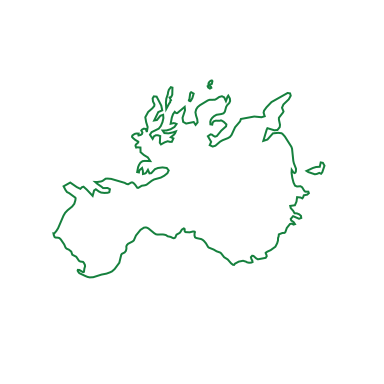 map outline of Hwanghae-namdo (Robinson projection), rotated 140°
{"feature_id": "PRK-3304", "entity_name": "Hwanghae-namdo", "entity_type": "Province", "adm_level": 1, "iso_a3": "PRK", "parent_name": "North Korea", "parent_adm1": "", "projection": "robinson", "projection_center": [125.529, 38.191], "detail": "fine", "context": "isolated", "style": "outline", "palette": "green", "viewbox_px": 384, "rotation_deg": 140, "n_neighbors": 0, "source": "natural_earth", "source_scale": "10m", "svg_char_len": 6097}
<svg xmlns="http://www.w3.org/2000/svg" viewBox="0 0 384 384"><g transform="rotate(140 192 192)"><path d="M324.7,249.4L324.1,248.8L321.1,249.3L317.9,250.3L305.6,256.5L302.5,257.6L299.0,258.0L293.2,257.9L289.8,258.6L286.7,260.6L285.2,262.0L285.0,262.6L286.9,270.3L287.8,272.3L287.6,274.9L286.7,278.9L279.2,277.5L277.1,269.8L275.5,266.2L273.2,266.4L271.7,265.8L271.1,261.6L270.6,252.9L266.0,256.1L263.9,255.9L263.0,252.2L262.0,250.0L259.7,247.6L257.1,245.6L255.5,245.0L253.1,246.9L254.1,249.3L257.6,252.2L257.9,254.1L259.3,259.2L259.7,261.9L258.4,260.7L255.0,258.6L253.4,258.0L249.6,257.7L248.1,256.6L245.5,254.0L237.7,242.3L237.0,240.4L236.0,239.0L232.3,238.3L231.4,237.5L231.0,236.1L230.9,234.0L231.2,230.4L230.5,229.7L226.5,229.1L223.7,227.4L222.2,226.8L215.7,226.5L213.0,226.0L206.7,223.1L202.8,222.3L198.8,222.2L196.0,223.5L195.9,226.6L198.8,229.8L202.7,232.3L205.7,233.3L211.1,232.6L212.6,233.6L211.5,237.3L214.8,236.2L216.3,236.4L218.0,237.3L216.1,239.7L214.8,242.5L217.7,242.5L218.9,242.1L220.1,241.1L221.2,242.5L217.3,245.7L215.2,246.8L212.6,247.6L210.1,247.4L208.2,246.2L204.1,242.5L203.6,246.9L205.1,251.3L205.8,255.6L202.9,259.2L205.2,261.4L206.2,261.9L205.6,263.7L204.6,264.4L201.4,264.5L200.8,265.1L202.0,268.4L202.5,271.2L202.5,272.8L201.4,273.6L199.7,273.5L198.2,273.2L196.8,272.4L195.4,271.1L196.1,270.7L196.6,269.7L194.7,268.7L193.0,268.6L191.7,269.5L191.3,271.7L190.2,271.9L188.2,271.5L186.9,270.0L188.0,267.0L184.2,270.3L182.2,275.0L179.7,279.3L174.1,281.5L168.6,281.6L165.7,282.1L164.4,283.3L163.7,286.4L162.0,289.0L159.8,289.8L157.8,287.8L160.0,278.0L162.3,273.7L166.5,274.9L175.0,271.1L172.6,269.7L167.2,270.7L164.5,269.7L166.4,267.0L169.7,264.5L173.5,262.6L176.7,261.9L184.5,263.8L187.4,262.9L188.0,258.0L185.4,259.1L183.2,258.7L181.6,257.3L180.4,255.3L185.0,250.4L185.2,248.4L181.0,247.6L178.0,246.5L176.6,244.5L175.2,243.4L171.8,245.0L173.0,247.6L169.0,247.5L167.2,247.9L165.4,248.8L168.5,250.0L172.4,252.1L175.3,254.9L175.0,258.0L172.1,255.6L168.0,253.8L163.6,253.1L160.1,254.0L160.8,255.4L161.8,256.6L164.5,258.0L159.6,262.0L156.5,263.8L153.7,264.5L153.6,263.3L153.2,262.4L152.5,261.9L142.9,261.9L144.8,259.1L151.6,254.9L153.7,251.4L152.5,248.2L145.7,244.5L146.1,241.1L143.0,241.7L141.2,244.4L139.8,247.9L138.1,250.9L135.7,252.6L133.1,253.4L130.2,253.4L121.1,252.0L119.4,251.4L115.2,248.0L113.5,247.6L110.1,247.3L107.5,246.1L106.5,243.8L107.6,239.8L103.7,242.1L102.3,242.5L102.9,239.3L104.3,237.2L106.3,236.2L109.3,235.9L111.2,235.2L115.2,232.4L117.3,232.0L119.5,232.9L123.6,235.4L126.4,235.9L128.9,235.8L131.1,235.2L132.9,234.0L134.4,232.0L133.2,230.6L131.5,231.9L129.8,232.1L128.0,231.4L124.8,228.6L124.0,228.4L123.5,227.9L122.6,225.4L122.2,221.7L123.7,220.4L130.1,220.2L137.0,218.9L138.8,219.6L139.5,221.3L139.8,223.0L140.7,224.2L144.0,224.5L145.1,218.1L148.3,216.5L146.9,213.5L144.3,212.4L138.1,212.5L135.3,212.0L129.9,210.2L127.5,209.8L125.0,210.3L117.4,213.9L109.8,215.2L107.6,216.5L95.8,209.8L90.7,204.6L87.6,203.3L86.2,206.7L84.5,208.0L80.5,209.0L73.3,209.8L55.1,206.4L53.5,204.5L54.5,202.3L58.3,200.8L65.7,200.3L68.9,198.7L70.1,194.9L71.2,194.4L77.7,193.0L78.9,191.6L81.4,186.9L83.1,185.3L86.7,184.6L89.2,186.3L93.2,192.4L94.8,191.7L104.5,185.3L100.5,183.7L92.3,184.9L87.9,181.9L85.6,179.4L85.3,178.0L85.2,174.8L86.8,162.8L87.5,160.9L94.4,150.7L95.5,148.5L97.4,142.9L99.3,140.9L100.4,140.4L101.3,140.6L101.7,142.0L101.4,144.8L103.4,142.7L106.0,138.5L108.2,133.9L109.0,130.6L108.0,128.7L105.2,126.7L104.6,124.8L105.2,120.9L105.0,119.4L102.7,117.5L103.2,116.0L105.4,115.9L108.5,117.6L110.3,116.5L111.6,116.2L112.4,118.0L114.8,120.5L118.1,117.5L121.7,115.7L125.7,118.2L126.7,116.2L126.6,112.6L127.1,109.8L125.4,108.2L124.2,105.9L123.9,103.6L125.0,101.9L127.2,102.7L130.1,108.5L133.7,107.9L134.3,106.4L133.5,103.7L133.8,101.2L135.2,101.8L135.9,103.6L137.5,104.5L142.5,103.5L146.2,101.3L147.4,101.2L149.1,102.5L152.7,103.7L154.3,102.2L155.6,101.5L157.3,99.6L159.7,98.0L163.3,96.5L169.1,96.9L172.7,97.9L174.6,98.1L175.0,97.5L175.3,96.2L176.0,94.8L177.9,94.2L184.8,98.1L185.5,99.9L186.0,103.5L186.9,104.5L188.8,104.2L189.6,102.4L190.0,100.4L190.7,99.4L192.3,100.0L193.8,101.2L195.0,102.7L195.4,103.9L197.1,106.5L200.9,108.6L205.2,109.5L206.6,109.1L207.4,109.9L207.9,112.2L208.0,117.4L209.3,121.4L209.1,126.4L209.4,127.6L211.3,130.8L212.4,134.0L214.9,138.7L215.0,139.6L214.3,143.7L214.3,146.7L214.6,148.5L215.2,150.0L218.3,154.0L218.8,155.3L218.1,157.0L216.7,158.6L215.5,159.4L215.5,160.0L216.6,161.1L219.7,162.6L222.6,165.3L222.9,166.2L222.7,166.9L221.7,168.0L221.4,168.7L221.7,169.4L224.0,169.7L226.6,168.8L227.8,168.6L231.3,169.3L233.8,168.0L234.7,167.9L235.7,168.3L236.4,169.4L237.2,171.3L239.1,173.7L239.6,175.6L240.4,176.8L241.6,178.2L245.9,181.7L246.8,182.8L247.4,184.6L248.8,192.1L249.6,193.9L250.5,194.8L251.8,195.6L255.8,196.1L262.9,194.7L267.7,192.3L269.2,192.3L274.2,193.4L275.9,193.2L277.2,192.6L278.7,190.7L280.5,189.4L282.5,189.0L285.4,189.7L286.4,189.5L293.2,184.5L300.8,182.7L304.3,182.6L306.3,183.1L309.9,184.4L314.4,186.9L322.4,190.2L325.2,192.3L326.6,194.1L327.6,196.0L330.5,202.3L330.4,204.2L330.2,205.2L329.5,205.7L328.4,204.7L327.2,201.1L326.8,200.5L326.1,200.3L323.7,202.5L321.7,203.8L320.9,205.0L320.4,207.2L320.4,208.5L322.3,210.6L322.8,212.0L322.3,216.8L324.0,220.9L322.8,224.0L323.4,227.0L324.5,229.2L324.6,230.7L323.6,234.0L323.0,240.0L323.2,241.9L324.0,243.1L325.9,244.9L326.2,245.8L325.6,247.8L324.7,249.4ZM86.5,126.6L90.1,132.5L90.7,134.5L84.0,132.7L80.9,131.4L77.9,129.2L74.4,131.9L73.0,130.2L73.6,127.0L79.5,123.4L81.4,123.0L82.2,124.8L84.8,125.6L86.5,126.6ZM152.3,274.6L158.3,272.2L154.4,277.4L151.7,280.0L147.6,282.5L146.2,283.8L144.0,285.2L140.8,285.9L139.9,284.5L144.6,279.2L146.8,278.2L148.4,278.8L149.1,275.8L150.0,275.8L151.2,274.7L152.3,274.6ZM128.5,269.0L127.5,266.3L131.4,263.7L134.2,262.7L134.9,262.6L135.4,263.3L135.6,264.1L135.2,264.5L134.4,264.7L129.9,268.8L128.5,269.0ZM110.2,259.4L111.8,259.7L112.4,261.6L112.0,263.0L111.1,262.9L109.4,264.7L107.9,265.2L106.2,265.2L105.1,264.7L105.1,263.8L107.3,262.1L109.4,262.9L109.9,262.7L110.1,261.5L109.8,260.6L110.2,259.4Z" fill="none" stroke="#15803d" stroke-width="2"/></g></svg>